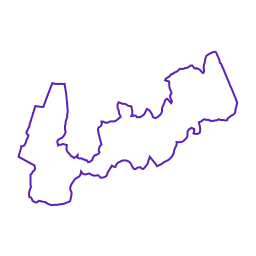 Emgwen, Rift Valley, Kenya, rotated 4°
{"feature_id": "3690345B72129784812762", "entity_name": "Emgwen", "entity_type": "district", "adm_level": 2, "iso_a3": "KEN", "parent_name": "Kenya", "parent_adm1": "Rift Valley", "projection": "equal_earth", "projection_center": [35.105, 0.189], "detail": "fine", "context": "isolated", "style": "outline", "palette": "violet", "viewbox_px": 256, "rotation_deg": 4, "n_neighbors": 0, "source": "geoboundaries", "source_scale": "gbopen_adm2", "svg_char_len": 5894}
<svg xmlns="http://www.w3.org/2000/svg" viewBox="0 0 256 256"><g transform="rotate(4 128 128)"><path d="M146.3,167.7L149.8,162.9L151.7,155.2L158.3,162.2L159.6,164.1L160.2,163.7L161.5,163.0L162.1,162.7L162.8,162.3L163.4,162.0L163.9,161.7L164.5,161.2L165.2,160.5L165.7,160.2L166.1,159.9L166.4,159.5L166.9,159.1L167.3,158.9L168.3,158.5L169.4,157.7L170.4,157.2L171.0,156.6L171.7,156.0L172.2,155.4L172.7,154.7L173.1,154.3L173.6,153.9L173.9,153.2L174.2,152.6L174.5,151.8L174.9,151.1L175.3,150.3L175.4,149.4L175.5,148.6L175.6,147.6L175.8,146.6L176.2,144.8L177.0,143.2L177.4,142.3L177.6,141.3L177.7,140.5L177.6,139.7L177.4,138.6L179.0,138.7L180.7,138.5L182.3,138.2L182.8,138.0L183.2,137.8L184.4,136.9L184.7,136.6L186.3,134.8L187.1,133.9L187.5,133.2L187.8,131.7L187.8,131.0L187.8,130.4L187.6,128.8L187.6,128.1L188.1,126.5L189.1,124.9L191.4,123.4L192.0,123.5L192.4,124.0L192.8,124.2L193.3,124.3L194.0,124.3L194.2,125.4L194.2,126.1L194.0,128.1L193.7,128.8L194.4,129.1L196.9,129.1L198.0,129.0L198.9,128.4L199.4,128.2L199.9,127.7L200.0,126.9L200.0,126.3L200.0,125.6L200.1,124.8L200.1,124.1L199.7,121.9L199.5,121.1L199.3,120.4L198.7,119.0L198.5,118.2L198.3,117.5L198.9,117.0L199.9,116.7L200.6,116.3L201.1,115.8L202.4,114.6L203.1,114.1L203.7,114.0L204.3,114.1L204.7,114.2L205.2,114.4L205.9,114.4L206.6,114.4L207.1,114.3L207.7,114.3L208.2,114.5L208.9,114.6L210.0,115.3L210.6,115.0L211.3,115.1L212.2,115.0L213.9,114.5L215.4,114.2L216.3,114.0L216.9,113.7L217.9,112.9L218.8,113.3L219.4,113.4L219.9,113.5L222.5,113.4L223.1,113.5L225.0,113.7L226.4,113.2L226.6,112.5L226.7,111.7L227.2,111.0L227.7,110.7L228.5,110.1L229.0,109.5L230.3,108.4L231.6,107.6L232.2,107.2L232.8,106.6L233.3,105.9L233.7,105.2L233.9,104.1L233.9,103.3L233.9,102.5L234.0,101.6L234.1,100.7L234.6,99.3L234.7,98.5L234.8,97.5L235.2,95.0L234.4,93.4L234.0,92.7L233.5,91.4L232.1,88.7L231.8,88.1L229.6,83.5L227.8,80.0L226.7,78.3L226.2,76.9L223.7,71.9L221.8,68.2L219.3,63.1L218.7,61.7L218.3,61.3L216.4,57.5L215.0,56.4L214.6,54.3L214.4,53.7L214.1,53.0L210.5,46.3L209.2,45.9L207.7,46.4L206.2,47.1L203.3,48.8L201.1,50.6L200.4,53.2L200.1,55.5L200.0,57.5L199.4,59.4L199.2,62.1L199.7,64.5L200.0,66.2L199.3,67.9L198.7,67.7L197.5,66.9L196.2,65.4L194.7,64.4L192.0,63.5L191.6,64.1L190.0,63.7L189.6,63.3L188.8,62.4L187.6,61.1L186.0,61.4L184.5,62.7L182.9,63.8L180.7,64.2L179.3,65.1L175.5,65.4L174.3,66.9L172.9,68.2L171.3,69.1L169.9,69.7L168.8,71.1L167.5,71.2L165.6,73.8L163.7,75.1L162.2,76.2L161.7,77.8L163.3,78.3L164.7,78.5L165.7,78.7L166.0,80.1L166.1,81.8L166.3,83.5L167.0,85.9L168.1,88.0L169.0,90.1L167.9,92.1L167.8,94.2L170.0,98.6L169.3,100.2L165.1,96.1L163.7,96.9L162.9,98.0L162.6,100.3L160.6,105.6L160.7,109.3L159.9,111.7L158.5,113.4L156.8,115.0L155.0,116.2L153.7,116.0L152.0,115.3L151.4,113.6L150.6,112.1L149.5,110.6L148.3,109.2L147.0,108.3L145.5,107.7L144.4,110.3L143.3,113.1L139.6,116.3L137.8,116.4L136.3,116.7L135.1,115.3L133.6,115.1L132.2,115.5L130.5,115.8L131.4,113.9L131.2,112.2L131.1,110.4L129.8,106.2L128.7,105.9L126.9,105.9L125.3,105.1L123.9,104.3L122.5,104.2L120.5,104.2L118.7,103.4L117.3,103.1L116.7,103.1L116.0,105.3L116.1,107.2L116.3,108.9L117.6,111.2L118.0,114.1L119.3,116.0L119.8,117.7L119.4,117.9L117.0,120.2L116.1,121.0L115.7,121.3L114.4,122.2L112.6,122.5L111.2,122.5L109.6,122.8L106.7,124.3L105.3,124.3L104.6,124.1L103.3,123.5L102.6,123.3L101.0,123.4L101.7,125.5L101.2,127.0L100.4,128.4L98.6,129.6L98.1,131.6L98.7,134.0L99.2,136.1L99.9,138.0L100.7,140.6L102.7,146.3L101.1,148.4L100.4,150.6L100.4,152.6L101.3,154.2L100.3,155.8L98.2,157.0L96.5,157.7L95.1,160.2L94.5,162.4L93.1,163.8L90.6,165.0L89.0,163.0L87.6,163.2L86.6,162.3L85.3,162.5L83.6,161.5L81.5,161.8L79.8,161.1L79.6,158.6L78.6,160.0L77.5,160.8L76.2,161.8L74.9,160.5L73.1,159.9L71.8,158.2L70.4,157.1L69.1,155.7L68.1,153.6L68.1,151.2L68.1,149.2L65.9,148.8L63.9,148.5L62.5,149.4L60.5,149.5L59.5,150.3L58.6,147.6L58.5,145.7L59.1,144.9L60.1,144.0L61.4,143.1L62.6,142.6L64.1,140.9L65.4,138.5L66.1,136.2L65.4,134.6L65.2,132.4L64.9,130.6L65.4,129.1L65.4,125.7L66.5,121.6L66.7,120.9L66.2,119.5L66.7,117.0L66.7,116.0L66.7,115.0L66.4,113.2L66.0,111.1L65.6,108.5L65.3,106.2L64.9,104.1L64.1,99.1L63.8,97.5L63.4,95.9L62.9,93.8L62.4,91.8L61.8,89.3L61.6,88.4L59.6,88.7L58.9,88.6L54.2,89.0L52.2,89.0L51.7,89.0L49.4,88.5L44.6,104.0L42.1,112.8L40.7,113.0L40.1,113.0L36.8,112.8L34.0,112.6L32.9,117.4L32.6,118.8L32.2,119.6L32.3,120.2L31.4,123.8L29.5,132.1L29.3,132.9L29.5,133.6L28.8,134.8L28.6,135.3L27.3,138.5L27.0,139.2L26.9,139.8L27.2,140.2L27.7,141.0L28.2,141.6L29.2,142.2L29.1,143.3L28.5,144.8L27.9,146.4L27.6,147.0L27.4,147.8L26.9,149.8L26.8,150.3L26.5,150.9L25.7,152.7L25.2,152.9L24.2,153.3L23.7,153.7L22.7,153.8L22.8,154.8L22.7,155.6L21.6,160.6L20.8,164.3L37.3,171.9L38.1,174.5L37.7,176.6L36.0,178.2L35.2,180.1L34.0,181.3L34.4,187.1L34.7,191.3L35.3,193.7L34.3,196.7L33.8,199.3L34.0,201.7L34.4,203.8L35.6,203.9L36.3,204.5L36.8,205.1L37.5,206.3L37.8,207.3L39.0,207.8L39.6,208.2L40.1,208.4L42.2,208.7L44.2,206.8L47.1,207.3L49.2,207.6L50.4,207.9L50.8,207.9L51.4,207.9L52.6,209.0L54.3,209.4L55.8,210.1L58.3,210.1L60.1,209.7L62.7,209.6L64.4,209.1L65.9,208.8L67.5,208.5L69.3,208.1L69.9,207.8L71.2,207.1L71.8,206.8L74.1,205.8L75.4,204.7L75.7,202.7L76.1,200.5L76.3,198.3L76.2,196.2L74.8,193.8L74.6,190.9L75.2,188.7L76.2,186.8L77.3,185.0L78.4,182.9L80.3,181.4L82.2,180.2L83.3,178.9L83.9,177.6L84.2,174.7L85.7,176.5L87.8,177.3L89.6,177.1L91.0,176.5L92.5,176.1L94.6,177.1L97.3,177.9L99.6,177.7L101.4,177.1L102.7,178.1L103.8,179.4L105.8,179.4L107.9,178.6L109.5,177.7L110.5,175.8L110.8,173.8L111.7,172.3L112.6,170.6L113.0,169.6L113.9,168.2L114.5,166.6L115.7,167.3L116.5,167.6L118.0,167.8L118.8,165.9L119.2,164.8L120.4,163.3L120.9,163.0L122.0,162.4L124.8,160.8L126.0,160.7L127.3,160.5L128.5,160.5L129.0,160.6L131.1,161.4L131.7,161.8L132.9,162.9L134.1,164.7L135.4,166.9L137.1,168.6L138.5,168.4L140.0,167.0L141.9,166.4L143.5,166.5L144.7,167.7L146.3,167.7Z" fill="none" stroke="#5b21b6" stroke-width="2"/></g></svg>